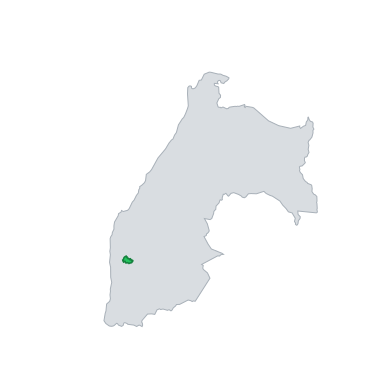 Paucar del Sara Sara, Ayacucho, Peru shown in context, rotated 61°
{"feature_id": "86281439B2335634793113", "entity_name": "Paucar del Sara Sara", "entity_type": "district", "adm_level": 2, "iso_a3": "PER", "parent_name": "Peru", "parent_adm1": "Ayacucho", "projection": "albers", "projection_center": [-73.322, -15.115], "detail": "fine", "context": "in_parent", "style": "filled", "palette": "green", "viewbox_px": 384, "rotation_deg": 61, "n_neighbors": 0, "source": "geoboundaries", "source_scale": "gbopen_adm2", "svg_char_len": 5582}
<svg xmlns="http://www.w3.org/2000/svg" viewBox="0 0 384 384"><g transform="rotate(61 192 192)"><path d="M271.8,115.8L271.7,116.7L270.4,117.2L269.3,116.5L267.5,116.7L265.0,114.4L258.8,114.6L256.1,117.3L252.0,117.8L247.5,119.0L242.5,119.5L234.6,123.7L232.8,125.4L229.2,127.9L226.3,128.8L224.8,136.5L222.0,141.1L220.9,143.6L222.4,147.3L222.4,149.1L220.8,150.6L219.5,150.8L216.8,152.4L212.8,155.8L212.1,158.5L213.4,162.0L212.9,162.4L209.6,163.0L209.7,165.0L209.1,165.7L211.8,168.5L213.4,169.2L213.5,169.9L213.2,170.6L212.6,170.9L212.6,171.5L214.6,173.6L216.0,177.8L218.9,179.8L219.0,181.1L219.8,182.5L221.3,183.5L224.8,187.6L224.9,189.6L221.2,194.0L227.2,194.0L233.9,195.6L234.8,196.3L235.6,198.3L235.7,199.6L237.0,200.7L236.8,203.1L245.5,203.2L251.2,202.7L260.4,195.3L261.8,194.7L261.1,196.3L260.9,197.5L261.4,198.8L260.3,200.6L260.0,218.7L261.7,217.8L263.8,219.5L265.3,219.6L270.3,217.7L276.1,218.1L289.1,242.1L287.9,243.7L287.9,244.9L286.3,245.9L284.6,247.8L284.3,257.3L282.9,260.1L283.7,261.6L284.3,264.6L285.5,266.5L285.8,267.6L285.7,268.1L283.8,269.1L283.6,270.8L280.3,274.1L279.6,276.4L278.4,277.1L278.1,279.7L281.0,283.9L279.0,286.4L277.2,290.1L280.1,297.9L281.3,299.1L282.6,299.0L284.5,299.7L285.5,300.9L283.1,302.4L282.7,303.0L282.8,305.6L280.2,307.4L276.6,312.3L275.6,312.5L273.8,314.0L273.5,314.7L273.8,315.4L275.3,316.9L275.4,318.7L272.8,320.8L271.0,321.0L270.3,321.6L271.0,324.7L271.0,326.0L270.4,327.6L269.1,329.3L265.3,331.1L261.9,331.4L256.1,326.8L254.3,324.9L248.6,321.0L247.7,317.0L245.8,315.1L242.2,313.6L239.4,311.5L237.3,310.5L232.1,306.0L227.3,304.5L218.4,299.7L213.5,298.2L207.3,293.8L204.0,292.6L201.3,290.5L193.1,286.2L191.8,284.8L190.6,282.6L188.8,281.3L186.7,278.3L183.6,276.6L180.7,274.3L177.0,268.1L175.3,266.7L175.2,263.9L174.0,262.6L175.7,261.6L176.8,257.2L176.1,255.0L171.9,249.1L171.1,246.7L168.0,242.2L166.8,239.4L164.3,237.5L163.3,235.8L161.9,235.1L161.8,233.0L160.8,229.0L159.4,227.0L154.4,223.4L153.9,219.3L152.8,216.5L145.7,205.2L141.5,194.3L138.0,188.3L136.6,184.8L136.4,182.9L133.8,179.7L132.4,176.8L126.7,171.3L123.3,165.0L122.8,163.1L120.4,159.7L116.7,155.3L114.9,153.5L103.9,148.3L98.7,145.1L98.0,143.4L98.2,142.3L99.3,141.3L100.9,142.0L101.8,141.7L102.5,140.4L102.5,138.5L101.4,136.2L97.8,131.6L98.6,129.5L94.9,124.2L95.5,118.9L96.3,117.6L101.4,112.1L102.8,109.7L105.0,108.3L107.3,106.0L110.0,104.3L110.8,104.9L111.7,107.7L111.7,109.6L112.5,111.6L110.6,113.6L108.5,113.3L107.7,113.8L107.4,114.7L107.8,116.1L108.4,116.7L110.0,116.7L107.9,119.6L108.1,120.1L109.6,120.6L111.0,119.8L112.4,118.2L113.3,117.9L118.7,120.5L121.2,120.1L123.1,121.3L123.4,123.3L126.2,127.1L130.2,127.9L130.8,127.6L131.7,126.1L132.5,125.9L132.7,123.7L136.1,121.3L136.5,119.7L136.0,118.6L136.1,117.7L138.0,112.6L138.6,112.0L139.1,110.4L139.9,109.4L141.0,103.6L141.9,103.6L142.8,105.0L143.9,104.6L143.3,103.3L143.5,102.9L147.2,98.2L148.4,97.2L166.8,90.6L176.0,84.0L184.1,74.9L186.5,65.8L187.5,66.4L189.0,66.2L188.5,62.6L188.8,60.8L188.8,60.3L186.2,58.1L185.1,55.8L182.9,54.4L183.0,53.9L185.4,54.4L187.5,54.2L189.3,52.6L190.7,52.8L193.8,54.8L196.1,54.9L196.8,56.4L199.0,57.5L202.2,60.6L203.6,64.0L203.5,64.6L204.9,66.4L207.9,67.2L211.0,69.7L214.1,70.5L215.5,72.8L216.4,73.5L216.8,74.8L216.3,76.3L216.8,77.1L219.1,78.5L221.1,78.6L221.5,79.2L222.6,83.0L221.9,84.9L222.1,85.9L224.7,86.8L225.5,87.7L227.5,87.8L230.5,87.0L234.1,88.2L236.9,87.8L238.1,87.5L239.4,86.7L240.5,86.7L243.4,84.3L244.2,84.1L247.2,85.2L249.8,86.9L252.9,86.6L254.2,85.6L256.5,85.0L260.6,87.1L261.5,88.1L262.6,88.3L267.0,90.4L267.8,91.2L270.1,92.0L270.6,92.6L270.5,93.4L259.9,108.7L263.1,110.1L266.1,109.3L267.6,110.4L268.7,112.9L271.0,114.6L271.8,115.8Z" fill="#d9dde1" stroke="#a8b0b8" stroke-width="1"/><path d="M220.2,285.8L220.2,285.7L220.0,285.4L219.9,285.2L220.0,285.1L220.0,284.9L220.1,284.7L220.1,284.4L220.1,284.2L220.3,284.2L220.5,284.1L220.8,284.2L220.9,284.3L221.0,284.3L221.1,284.2L221.4,284.3L221.5,284.4L221.8,284.4L221.9,284.2L222.0,284.1L222.1,283.9L222.1,283.7L222.3,283.5L222.3,283.4L222.5,283.3L222.5,283.2L222.6,282.9L222.6,282.6L222.8,282.6L222.9,282.4L223.0,282.3L223.1,282.2L223.3,282.1L223.4,281.9L223.5,281.9L223.8,281.8L223.9,281.7L224.0,281.7L224.0,281.4L223.9,281.2L224.0,281.1L224.0,280.9L224.2,280.7L224.2,280.4L224.2,280.2L224.2,279.9L224.2,279.7L224.3,279.7L224.5,279.5L224.5,279.3L224.5,279.0L224.4,279.0L224.4,278.8L224.2,278.7L224.0,278.4L223.9,278.3L223.8,278.2L223.9,277.9L224.0,277.8L224.0,277.7L223.9,277.5L223.8,277.4L223.6,277.2L223.4,277.0L223.2,277.0L222.9,277.3L222.7,277.3L222.4,277.5L222.5,277.6L222.6,277.8L222.3,278.0L222.2,278.1L221.9,278.3L221.6,278.4L221.4,278.4L221.4,278.5L221.3,278.4L221.2,278.3L220.8,278.3L220.7,278.3L220.6,278.2L220.4,278.3L220.4,278.5L220.5,278.5L220.4,278.8L220.3,279.0L220.4,279.3L220.2,279.4L220.1,279.5L219.9,279.4L219.7,279.5L219.4,279.7L219.2,279.8L219.3,279.9L219.3,280.0L219.2,280.3L218.9,280.3L218.6,280.4L218.5,280.5L218.4,280.5L218.2,280.6L217.9,280.7L217.7,280.7L217.5,280.4L217.4,280.3L217.2,280.6L216.9,280.7L216.7,280.6L216.4,280.6L216.2,280.6L216.2,280.8L216.3,280.9L216.3,281.0L216.2,281.1L216.2,281.3L216.1,281.5L216.2,281.8L216.2,282.0L216.1,281.9L216.1,282.0L216.2,282.3L216.2,282.5L216.3,282.6L216.3,282.8L216.3,283.0L216.5,283.1L216.6,283.3L216.6,283.5L216.8,283.8L217.0,284.0L217.3,284.2L217.3,284.3L217.5,284.5L217.7,284.8L217.8,285.1L217.9,285.3L218.0,285.3L217.9,285.4L217.9,285.5L218.0,285.5L218.3,285.7L218.4,285.8L218.5,285.8L218.7,285.7L218.8,285.7L219.1,285.8L219.3,285.9L219.5,285.9L219.8,285.8L219.9,285.7L220.0,285.8L220.2,285.8Z" fill="#22c55e" stroke="#15803d" stroke-width="1.5"/></g></svg>